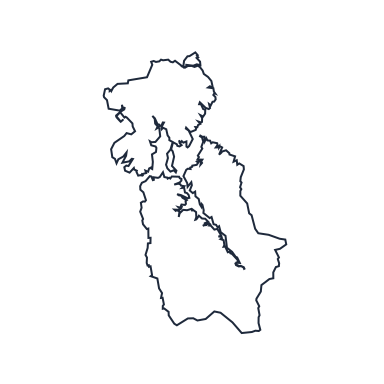 Upper Harbour Local Board Area, New Zealand (Albers equal-area conic projection), rotated 118°
{"feature_id": "76426892B55565569034738", "entity_name": "Upper Harbour Local Board Area", "entity_type": "district", "adm_level": 2, "iso_a3": "NZL", "parent_name": "New Zealand", "parent_adm1": "", "projection": "albers", "projection_center": [174.657, -36.763], "detail": "fine", "context": "isolated", "style": "outline", "palette": "slate", "viewbox_px": 384, "rotation_deg": 118, "n_neighbors": 0, "source": "geoboundaries", "source_scale": "gbopen_adm2", "svg_char_len": 6080}
<svg xmlns="http://www.w3.org/2000/svg" viewBox="0 0 384 384"><g transform="rotate(118 192 192)"><path d="M145.7,169.5L140.3,170.7L141.3,176.5L140.2,177.3L139.2,181.5L142.0,184.3L144.0,184.7L146.3,185.6L138.5,186.3L138.5,188.7L139.9,188.9L138.6,189.5L140.4,190.0L141.5,191.9L138.5,191.5L137.1,192.7L138.4,197.1L140.0,197.9L138.2,200.1L139.2,202.6L137.8,204.6L141.1,204.5L137.4,207.0L138.4,208.8L138.3,211.1L139.0,211.1L139.1,208.8L142.3,205.7L147.8,204.9L148.8,203.3L157.2,203.9L157.9,202.3L160.8,202.4L158.6,198.1L160.6,198.3L161.6,196.8L163.8,197.3L161.6,198.0L161.0,199.3L162.9,201.6L163.2,200.3L165.8,200.6L168.6,204.1L169.7,203.7L171.3,205.0L172.4,204.1L173.4,206.6L175.1,207.5L182.0,207.0L186.4,200.4L189.5,198.3L183.7,197.2L186.1,195.3L191.7,194.7L192.6,190.8L190.2,189.4L194.2,186.9L195.0,182.8L199.2,179.3L200.6,176.9L198.1,177.8L198.5,176.7L202.6,173.1L205.2,172.1L206.7,164.1L204.9,163.0L210.3,157.8L209.7,155.3L211.2,152.7L209.5,152.0L214.0,147.8L215.0,141.8L224.8,135.0L226.0,128.5L228.7,123.1L228.6,121.4L232.2,116.5L233.6,119.6L235.2,119.0L235.3,115.5L234.3,114.3L234.1,111.0L235.1,109.7L235.4,109.9L234.5,110.9L234.4,113.7L235.8,115.8L235.9,118.8L234.7,120.1L232.0,118.8L230.6,119.8L227.9,127.5L228.1,129.4L226.9,130.7L228.4,132.1L224.6,137.1L225.5,138.4L223.7,138.5L219.7,141.4L220.2,144.7L218.6,143.9L217.8,145.3L218.9,147.8L216.9,145.6L212.7,152.3L214.7,154.6L212.9,159.5L213.5,161.0L212.0,160.7L211.7,161.8L213.9,164.1L215.2,163.5L214.4,164.4L216.8,166.6L214.9,165.5L213.6,166.1L210.7,163.7L209.4,167.8L210.7,170.7L209.7,174.8L213.1,175.1L214.4,175.5L214.6,175.7L214.9,176.0L212.2,176.4L207.8,179.0L207.4,182.2L208.8,183.9L207.2,183.2L207.0,184.4L210.4,187.8L211.9,191.4L216.6,192.9L220.3,192.0L215.1,193.9L215.2,197.0L216.3,197.5L215.8,199.3L213.8,195.0L211.8,193.8L210.5,194.0L211.6,195.0L212.0,196.3L211.8,196.9L211.4,195.1L208.0,195.4L206.7,192.1L205.3,191.8L203.1,193.4L201.7,192.8L201.6,197.5L200.3,200.1L201.1,201.9L200.9,204.1L199.9,200.3L199.6,193.0L198.4,191.6L196.2,193.6L195.3,195.9L195.7,198.0L191.9,201.0L193.0,202.6L190.5,201.6L191.5,204.6L190.7,205.9L191.1,208.0L193.8,211.2L189.3,207.3L186.9,206.7L185.4,207.5L185.6,209.2L184.6,210.6L187.8,217.1L190.3,217.5L190.1,218.8L191.6,219.8L190.9,220.6L191.8,223.4L188.2,226.9L194.0,227.5L195.5,228.7L197.0,232.8L199.2,231.4L199.9,232.1L197.4,235.2L197.8,236.7L204.2,238.1L207.4,240.6L211.2,240.5L214.2,238.7L215.1,234.8L220.9,228.8L222.6,229.1L223.3,230.8L225.5,232.1L229.6,229.1L233.7,228.5L238.8,222.5L240.5,222.5L243.5,220.1L245.9,214.5L244.8,213.4L253.0,208.9L251.9,207.1L256.6,204.7L258.1,206.8L262.2,204.9L269.4,203.5L271.0,201.0L275.9,198.7L277.8,196.7L276.9,195.8L278.2,194.8L277.1,193.7L284.2,188.2L285.7,188.9L284.6,182.0L292.6,175.8L295.3,171.0L300.1,169.6L299.2,168.3L304.5,164.0L306.3,164.3L308.8,163.0L307.9,161.9L308.8,156.4L311.9,154.6L316.6,145.8L316.8,142.8L305.6,136.3L302.9,131.6L302.9,126.9L297.7,120.3L287.0,116.2L285.2,110.1L288.1,95.1L293.2,81.9L287.5,73.4L284.7,70.9L283.4,67.8L281.6,67.0L276.5,71.7L271.3,74.4L269.1,74.5L263.4,79.0L261.3,79.0L257.5,84.4L255.9,85.0L247.6,84.5L241.6,87.0L232.5,82.8L230.0,79.7L224.8,82.5L218.9,82.7L216.7,80.5L214.0,81.6L210.9,84.8L209.0,84.5L204.1,91.4L200.9,87.7L194.0,84.2L190.2,87.3L192.1,92.6L193.8,104.2L197.3,114.1L194.8,119.0L184.5,128.5L184.0,131.5L176.2,137.9L172.6,147.6L168.4,149.8L166.3,149.8L165.2,151.8L160.4,152.7L159.8,154.4L156.0,155.9L147.7,156.8L144.9,158.6L144.6,163.7L146.7,164.8L143.0,167.4L145.7,169.5ZM142.1,317.0L148.4,315.2L149.6,314.1L150.8,310.2L157.6,304.7L154.1,294.1L151.0,292.8L147.9,294.8L149.7,293.1L149.6,291.2L148.6,291.1L150.9,290.6L154.9,292.9L160.1,294.9L161.1,294.2L161.8,292.8L163.2,288.8L163.7,287.0L160.6,294.4L155.3,292.8L158.0,286.6L156.8,286.0L156.9,284.4L159.4,276.8L162.0,275.1L165.1,270.8L169.6,272.7L170.7,277.4L174.4,278.1L185.0,283.6L192.2,283.5L198.7,278.7L198.9,275.6L202.1,272.1L197.7,272.4L192.9,269.3L187.7,268.4L191.0,267.2L198.8,267.2L194.5,261.9L190.9,260.7L190.6,259.7L198.9,260.3L199.5,262.4L201.9,263.4L204.6,261.1L204.2,256.2L198.1,254.6L199.3,253.5L199.1,250.7L200.2,250.6L202.8,247.2L200.9,244.9L201.9,244.3L200.2,244.5L201.0,242.7L199.4,244.2L196.8,241.4L195.0,243.2L194.7,240.3L191.3,240.9L189.3,239.5L190.4,239.1L190.4,237.9L183.8,240.7L177.6,245.0L173.6,242.6L169.8,244.1L168.9,245.5L169.9,249.9L167.0,252.9L167.1,251.2L165.0,247.8L157.8,246.2L151.2,250.7L150.7,251.9L152.5,253.0L150.2,253.1L148.9,256.6L144.9,259.3L143.4,262.7L144.4,259.4L148.3,254.3L147.9,252.6L148.9,251.5L147.3,250.2L144.3,250.4L143.9,249.4L149.1,249.4L150.7,248.2L148.9,247.7L148.7,244.2L153.5,240.1L154.7,237.5L156.9,236.3L156.9,232.5L164.7,230.9L169.9,232.0L173.3,229.2L180.1,227.7L182.7,224.8L184.1,220.6L181.4,218.3L182.3,215.5L180.5,215.8L178.4,221.9L169.2,224.4L165.1,228.2L164.2,230.4L157.0,232.1L157.0,227.8L158.1,226.6L157.6,224.4L155.5,223.2L154.8,225.6L152.5,227.7L154.0,225.2L151.9,224.9L152.5,222.8L150.0,220.7L154.5,218.2L154.7,216.8L152.8,216.1L144.9,216.2L139.3,223.8L138.9,227.2L137.9,227.4L139.8,221.5L135.5,217.9L134.0,218.1L133.1,219.5L132.2,217.7L130.1,218.1L127.9,216.6L126.8,219.5L126.4,216.9L125.4,216.1L121.9,217.8L120.2,220.7L120.2,217.6L116.7,217.2L113.2,218.9L113.5,221.1L110.3,225.3L111.1,226.9L109.1,227.2L111.3,219.5L110.9,216.1L109.4,215.5L106.4,218.1L106.8,216.1L102.7,216.2L101.8,214.9L99.1,214.6L97.2,215.9L96.3,218.7L94.3,218.6L94.2,217.6L93.1,219.8L90.4,221.8L92.2,226.8L90.4,225.9L90.9,225.4L89.4,223.2L84.9,227.0L82.9,231.8L82.2,237.0L79.8,239.6L78.1,243.4L77.7,246.1L80.4,248.5L80.8,251.4L82.8,254.9L85.6,256.6L85.7,258.2L83.8,255.9L82.4,256.7L79.9,250.2L77.0,247.7L76.1,244.1L73.1,246.1L71.5,250.8L70.2,249.8L69.4,251.6L68.5,251.2L67.2,254.6L73.2,258.0L74.3,259.7L79.9,260.6L85.8,258.4L84.1,268.6L86.5,269.8L87.1,272.1L86.3,275.1L89.3,279.4L89.7,281.5L92.0,282.2L94.1,284.9L94.3,287.3L96.2,289.2L98.3,286.8L111.8,285.6L123.3,300.6L126.2,299.7L131.5,308.5L136.7,310.6L140.6,310.6L140.0,311.3L141.5,312.1L140.2,312.8L139.9,314.7L142.1,317.0ZM162.4,287.5L160.9,286.9L160.5,286.2L160.9,287.0L162.4,287.5Z" fill="none" stroke="#1e293b" stroke-width="2"/></g></svg>